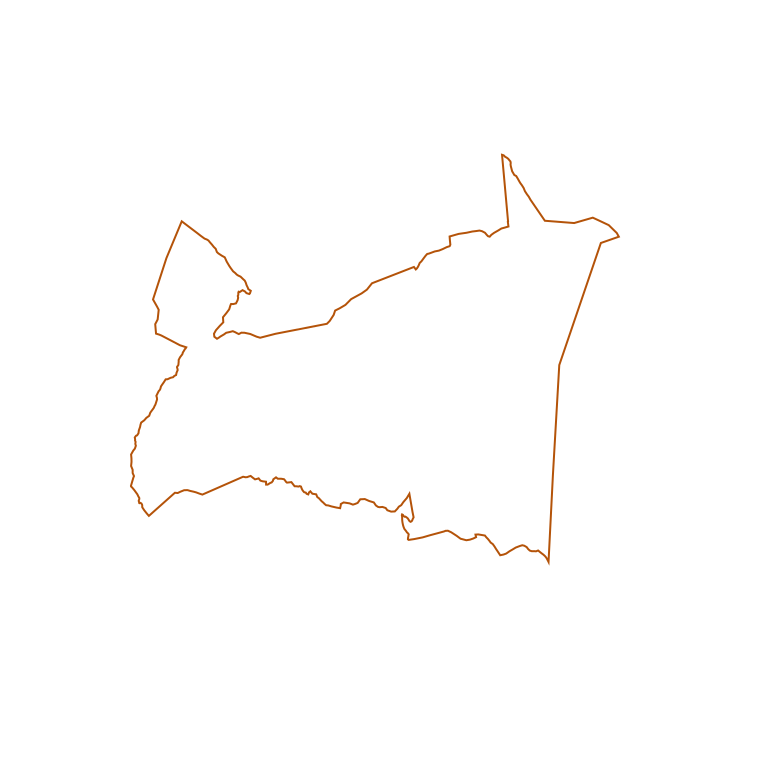 Santo Domingo Ozolotepec, Oaxaca, Mexico (orthographic projection), rotated 338°
{"feature_id": "50627088B93976403698090", "entity_name": "Santo Domingo Ozolotepec", "entity_type": "district", "adm_level": 2, "iso_a3": "MEX", "parent_name": "Mexico", "parent_adm1": "Oaxaca", "projection": "orthographic", "projection_center": [-96.329, 16.176], "detail": "fine", "context": "isolated", "style": "outline", "palette": "amber", "viewbox_px": 768, "rotation_deg": 338, "n_neighbors": 0, "source": "geoboundaries", "source_scale": "gbopen_adm2", "svg_char_len": 5338}
<svg xmlns="http://www.w3.org/2000/svg" viewBox="0 0 768 768"><g transform="rotate(338 384 384)"><path d="M579.3,215.7L559.9,279.8L559.6,279.9L558.4,284.6L554.4,284.2L551.1,283.8L547.7,284.4L542.6,285.1L539.4,285.9L537.2,287.0L535.8,285.9L535.1,284.1L534.3,281.6L532.1,279.0L530.0,277.5L526.7,276.7L523.0,275.7L517.2,274.7L509.5,272.8L500.1,271.8L499.1,274.9L497.7,279.7L496.5,280.8L493.4,280.6L489.0,280.9L484.9,280.9L480.7,280.1L477.2,280.0L474.3,279.9L472.8,279.6L470.7,280.6L468.0,282.2L464.6,284.3L462.5,285.1L460.6,287.0L459.2,288.2L457.7,289.2L456.4,289.7L455.6,286.7L410.6,286.1L403.5,290.1L397.2,291.6L385.3,293.0L377.9,296.2L371.2,297.2L366.2,297.6L363.2,301.1L357.3,305.2L353.6,306.8L302.2,296.8L286.5,294.7L283.6,292.4L278.7,287.5L276.3,285.9L273.8,284.2L271.0,283.0L268.1,283.3L266.8,281.9L265.4,280.2L263.6,278.4L260.4,278.0L256.9,277.4L254.1,278.1L250.0,278.7L248.5,279.1L246.1,279.5L244.4,276.6L245.2,273.7L248.3,271.2L253.5,268.6L258.1,266.6L259.7,261.8L264.1,259.4L268.4,256.8L271.1,253.5L272.2,252.5L274.1,253.4L277.0,253.8L279.7,251.4L281.1,249.4L281.4,247.6L282.3,246.8L283.2,244.6L283.8,244.0L284.6,244.7L288.0,244.0L289.8,246.2L290.5,248.2L292.8,250.1L293.6,249.8L295.4,247.7L293.7,245.1L293.8,243.7L293.6,241.0L293.8,238.2L293.6,235.9L292.8,234.3L291.2,230.7L289.5,228.9L288.4,227.3L287.7,225.5L286.3,223.0L285.3,219.1L284.8,216.8L284.0,211.6L283.9,208.9L283.8,206.9L281.7,204.3L279.3,200.8L278.5,199.0L278.6,195.6L277.5,193.1L276.7,190.3L275.7,187.5L275.0,185.2L273.9,183.7L272.1,182.0L269.5,177.8L267.6,174.5L257.4,157.4L229.4,185.8L201.5,219.1L202.6,227.5L202.9,230.8L198.3,239.4L194.3,242.8L191.5,251.9L194.2,254.1L195.8,255.7L204.4,265.8L209.3,271.6L214.4,275.9L213.4,276.7L212.4,277.1L210.5,278.6L209.2,279.5L208.7,280.3L208.1,280.9L204.9,282.8L202.6,284.8L201.9,286.6L201.3,287.7L200.5,289.3L199.7,289.9L198.7,290.4L198.3,291.1L198.2,292.5L197.9,293.8L195.9,295.8L195.1,297.0L194.6,297.8L194.2,297.8L192.5,298.0L191.0,298.7L188.5,298.3L185.1,298.5L183.3,297.9L180.8,299.7L177.6,301.8L176.3,302.7L174.9,304.6L173.9,305.5L172.3,306.3L168.5,309.7L168.3,311.7L167.8,313.3L164.3,317.5L163.0,318.5L161.6,319.9L156.6,323.0L154.4,325.5L150.9,326.4L148.8,327.5L147.9,327.9L144.4,328.8L143.0,330.5L141.7,332.5L139.3,335.2L137.9,337.7L135.9,339.1L134.7,339.1L132.9,340.2L132.5,342.1L132.0,343.2L132.0,344.6L131.0,346.4L130.8,348.3L128.8,350.6L126.6,351.8L123.1,354.6L122.0,358.3L120.7,361.7L118.8,365.3L118.8,369.4L117.6,372.4L117.7,375.7L116.4,377.1L113.7,380.5L111.2,383.7L111.1,384.3L111.7,385.6L112.7,388.7L114.0,393.9L114.1,395.9L114.4,398.1L114.1,398.8L113.7,399.4L113.1,400.0L112.8,400.5L112.5,402.8L112.8,403.0L113.1,403.0L113.5,402.9L114.3,403.8L114.5,405.2L114.2,406.5L113.8,407.3L113.7,407.8L114.4,411.3L115.6,415.3L116.6,418.2L149.4,406.5L151.9,407.8L154.8,407.6L158.9,407.6L162.1,408.8L164.2,410.5L167.1,412.5L169.2,414.1L171.8,416.5L174.2,418.5L218.6,417.2L220.7,418.6L222.3,419.1L224.1,419.1L225.9,419.3L226.9,421.1L227.3,421.8L228.7,424.1L230.7,424.4L232.4,424.5L233.2,427.3L235.1,428.8L238.0,430.4L237.0,433.1L238.4,433.7L241.7,433.1L242.9,433.2L244.7,432.2L245.7,430.9L248.9,430.1L250.0,432.0L253.3,433.4L255.6,434.8L256.1,436.2L256.5,438.0L257.1,439.1L261.4,440.3L261.8,441.8L262.2,443.2L262.8,445.3L264.6,446.1L266.4,447.1L267.6,447.1L268.6,448.0L268.5,450.2L268.7,452.2L269.4,454.4L270.8,455.4L271.1,456.8L272.4,458.0L273.9,456.4L275.5,455.9L275.9,457.2L276.5,458.9L279.8,460.9L279.8,463.8L280.9,465.6L281.4,467.0L282.3,469.4L283.3,471.3L283.9,472.8L284.9,474.7L286.8,475.7L289.4,477.8L293.7,480.8L296.8,482.7L298.5,480.2L299.0,479.1L302.2,478.7L307.4,481.8L310.0,484.2L312.2,484.4L315.0,484.4L318.8,482.0L323.1,483.5L326.4,486.9L330.2,490.0L331.0,493.6L332.4,495.7L333.8,496.6L336.5,497.4L339.1,499.6L339.8,502.3L342.8,505.0L346.3,506.2L349.6,504.7L351.8,503.3L354.6,502.8L357.6,500.8L362.4,498.3L366.4,495.3L362.5,513.3L361.5,518.7L360.7,519.4L359.8,520.2L358.9,521.2L357.9,521.7L356.9,521.7L356.2,520.4L356.0,519.1L355.7,517.5L355.0,516.2L354.2,515.0L353.4,514.8L352.7,513.7L352.5,512.4L351.9,511.7L351.4,512.3L351.0,514.1L350.1,516.4L349.6,518.0L349.2,519.6L348.8,521.8L348.6,523.8L348.6,526.0L349.3,528.3L349.7,530.2L350.3,531.4L350.6,532.6L349.9,533.6L349.7,534.1L349.2,534.8L348.8,535.4L348.4,536.1L348.0,537.0L348.5,537.8L353.9,539.1L362.4,540.7L370.3,541.5L377.6,542.4L384.4,543.2L386.1,543.2L388.3,544.0L390.8,546.7L394.5,552.0L397.0,556.1L401.8,559.7L405.3,560.5L408.9,560.7L412.0,560.5L412.4,557.9L415.1,558.8L420.8,562.3L421.4,564.4L422.3,566.6L423.0,568.9L423.5,571.0L424.9,573.2L425.6,576.1L426.1,579.1L426.5,580.9L427.6,586.3L430.9,586.9L433.8,587.0L437.7,586.1L441.2,585.6L444.9,585.0L449.4,585.1L451.8,585.3L453.5,586.5L455.2,588.7L455.8,591.0L456.8,593.1L458.4,594.4L460.5,595.2L462.3,596.1L464.5,596.1L465.6,598.1L466.8,600.2L467.9,602.0L468.8,603.9L469.4,605.8L469.7,608.3L469.9,610.6L506.5,531.7L553.6,432.1L637.9,334.5L656.9,335.4L656.4,331.2L651.9,320.9L644.5,312.9L639.9,308.0L620.6,306.0L594.3,292.9L588.8,267.9L588.4,264.6L587.6,261.6L586.9,258.0L586.9,254.6L586.3,251.3L585.7,249.0L585.4,247.2L584.9,243.3L584.5,240.7L583.1,239.0L582.8,236.7L582.5,234.8L582.9,231.7L583.2,229.4L583.6,227.8L584.3,226.5L584.6,225.0L584.1,223.6L583.7,222.2L583.3,221.3L582.5,220.0L581.4,218.7L580.8,217.1L580.3,216.5L579.3,215.7Z" fill="none" stroke="#b45309" stroke-width="2"/></g></svg>